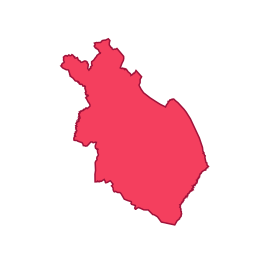 the district of Phaisali, Nakhon Sawan, Thailand, rotated 123°
{"feature_id": "78962969B15796464090467", "entity_name": "Phaisali", "entity_type": "district", "adm_level": 2, "iso_a3": "THA", "parent_name": "Thailand", "parent_adm1": "Nakhon Sawan", "projection": "mercator", "projection_center": [100.69, 15.558], "detail": "fine", "context": "isolated", "style": "filled", "palette": "rose", "viewbox_px": 256, "rotation_deg": 123, "n_neighbors": 0, "source": "geoboundaries", "source_scale": "gbopen_adm2", "svg_char_len": 5858}
<svg xmlns="http://www.w3.org/2000/svg" viewBox="0 0 256 256"><g transform="rotate(123 128 128)"><path d="M183.8,36.0L179.1,36.3L176.0,35.3L175.6,35.7L173.2,35.4L172.5,35.6L172.1,36.2L170.8,36.2L170.5,36.8L169.0,37.8L169.0,38.4L167.6,39.2L167.5,39.6L166.9,39.8L166.4,40.5L166.2,41.5L164.8,41.5L164.2,42.7L163.7,42.3L162.5,42.0L160.9,42.3L160.9,42.0L160.1,42.0L159.8,41.7L159.2,42.1L158.4,41.9L158.3,42.3L157.8,42.5L157.6,42.3L157.3,42.5L156.8,42.3L156.3,42.4L155.9,42.0L155.0,42.2L154.6,41.9L153.9,42.4L153.4,41.9L153.4,41.6L152.7,41.5L152.9,41.3L152.5,41.4L152.4,41.1L151.8,41.3L151.3,41.9L150.8,41.8L150.5,42.0L150.2,41.8L150.2,42.0L150.1,41.5L149.6,41.5L149.5,41.3L148.5,41.5L148.1,41.2L147.6,41.2L147.7,41.4L147.5,41.5L146.9,41.4L146.9,41.1L146.2,40.9L146.2,40.7L145.8,40.8L145.7,40.4L145.4,40.5L145.1,40.2L144.8,40.5L144.6,40.2L144.4,40.4L144.3,40.2L144.1,40.7L143.9,40.3L143.6,40.8L143.3,40.7L142.7,41.1L142.4,40.8L142.4,41.1L141.6,41.2L141.5,41.7L141.4,41.5L140.9,41.4L140.6,41.7L140.3,41.4L139.9,41.5L139.8,41.2L139.4,41.3L139.4,40.7L139.0,40.9L137.4,40.6L137.2,40.9L136.5,40.3L134.9,40.9L135.1,41.2L134.5,41.7L134.2,41.6L134.2,41.9L133.6,41.5L133.2,41.6L133.0,41.8L132.5,41.6L131.6,41.8L131.6,41.4L130.2,41.8L130.1,41.5L129.8,41.7L129.1,41.7L128.6,42.3L127.3,42.3L127.0,42.5L126.4,42.0L125.6,42.0L125.3,42.3L123.5,41.8L121.4,40.8L121.4,40.4L120.8,39.9L119.6,40.5L118.5,40.2L118.0,39.7L117.8,40.0L116.4,39.6L116.1,41.4L114.3,43.0L114.5,43.7L114.3,44.0L110.7,47.6L109.3,48.1L109.4,48.8L108.3,50.0L108.2,51.2L107.4,50.9L106.7,52.5L103.7,55.0L97.5,62.8L86.4,80.6L83.0,87.9L81.8,91.3L79.6,99.9L79.3,102.9L78.8,105.4L79.3,106.1L79.9,106.3L79.9,106.6L80.3,106.6L80.3,107.0L80.9,107.5L81.6,107.6L81.8,108.2L83.4,108.1L83.9,108.8L84.5,108.3L85.6,108.1L87.8,108.3L89.9,108.0L90.6,113.8L90.7,119.7L90.7,125.9L90.0,134.1L88.4,138.1L86.3,141.8L85.8,142.2L83.5,142.5L80.6,144.3L77.6,144.5L75.4,152.6L78.0,152.4L78.9,152.6L79.0,153.2L80.8,153.4L82.2,154.1L81.7,154.4L81.2,155.6L80.8,158.6L80.0,160.4L80.0,161.0L79.7,161.3L79.7,161.8L80.0,161.9L79.8,162.3L80.2,162.5L80.2,162.8L80.4,162.6L80.8,162.7L80.4,164.1L80.9,164.6L80.8,165.3L81.6,165.8L81.8,166.5L81.5,166.9L81.7,167.3L77.2,168.3L73.8,168.7L71.9,169.5L70.3,170.7L67.3,180.6L68.8,181.4L69.1,182.2L70.3,183.2L70.2,184.6L69.5,185.3L69.7,186.5L69.2,187.0L68.8,188.5L68.3,189.1L66.6,190.1L64.5,190.8L63.9,193.1L66.8,194.9L67.2,195.7L68.7,197.2L71.2,197.6L72.1,199.0L73.0,199.9L73.3,200.8L75.1,202.4L75.9,201.0L76.3,200.8L77.7,201.0L78.6,198.9L78.4,198.6L78.6,198.0L78.3,197.7L78.6,197.0L78.5,195.7L80.2,192.8L79.9,192.2L80.5,191.9L81.1,192.5L84.1,193.6L84.9,193.3L86.6,193.6L89.8,193.7L92.2,194.6L94.0,193.5L95.1,192.1L97.2,192.7L97.8,191.9L98.3,191.8L98.9,192.4L99.7,192.1L100.8,192.3L99.9,194.3L96.5,195.7L95.9,196.6L96.0,197.3L94.9,197.9L95.1,199.1L94.8,199.7L95.5,201.0L97.6,202.2L98.5,203.2L97.8,205.1L98.1,206.0L97.9,206.9L96.5,208.8L97.8,209.8L98.2,210.9L98.1,211.3L97.3,211.5L97.4,212.6L97.0,213.6L97.0,215.0L98.3,215.2L99.0,216.1L98.9,217.4L100.8,218.0L101.0,219.5L101.9,220.2L103.8,220.7L104.2,220.2L106.4,218.9L107.4,217.4L108.2,217.4L109.5,218.2L111.0,218.2L111.7,217.6L112.5,218.1L113.2,215.5L112.8,211.6L111.9,210.0L111.9,209.4L113.8,207.0L114.6,206.1L114.8,206.1L115.4,204.8L115.9,204.9L116.1,201.3L117.2,197.9L116.2,195.4L116.2,195.1L116.8,195.0L116.5,193.9L116.9,193.9L117.4,193.0L117.2,192.7L117.5,192.2L117.3,191.5L116.9,191.3L116.5,190.3L117.4,188.5L116.6,187.8L116.8,187.1L116.4,187.0L116.4,186.6L116.8,186.1L117.6,186.1L118.2,185.5L118.6,185.5L118.7,184.7L119.4,184.3L120.2,183.1L120.6,183.2L120.9,182.8L121.6,183.1L122.0,182.4L122.5,182.2L122.5,181.7L122.9,181.6L123.1,180.8L122.5,180.3L122.6,179.7L122.3,179.3L122.6,178.9L124.6,179.8L124.8,179.6L125.7,179.9L126.0,178.8L127.9,175.5L128.5,173.8L129.4,172.4L130.5,171.8L133.4,172.6L133.9,172.8L133.8,173.5L134.1,173.7L133.9,173.8L134.1,174.2L134.6,174.1L136.0,174.6L136.4,175.3L136.7,175.4L137.1,174.9L137.7,175.1L138.3,176.0L139.3,176.1L139.5,176.9L140.1,177.1L140.4,176.9L140.5,177.1L140.8,177.0L141.0,177.3L141.2,176.9L141.7,176.9L141.7,176.6L142.1,176.5L142.8,177.0L143.1,176.5L143.7,176.5L144.1,176.0L144.0,175.7L144.9,175.6L144.6,175.4L145.0,174.9L144.8,174.7L145.2,174.3L145.2,174.6L145.6,174.6L145.4,174.4L145.8,174.2L145.8,173.9L146.9,174.0L146.8,173.7L147.5,173.6L147.5,174.4L148.4,174.4L148.6,174.0L148.1,173.9L148.3,173.4L149.1,172.9L150.4,173.6L150.3,174.0L150.7,173.7L151.2,173.8L151.3,174.1L151.9,173.8L152.4,174.1L152.6,173.8L152.5,173.4L152.9,172.9L154.0,172.7L154.4,173.0L154.6,172.3L154.8,172.7L155.2,172.1L155.9,172.2L156.2,171.6L156.6,171.5L156.7,171.1L157.2,171.2L157.2,170.8L157.9,170.2L157.9,169.7L158.4,169.4L159.5,169.6L159.9,169.3L160.0,169.7L160.6,169.2L160.9,169.3L160.9,169.6L162.0,169.6L162.3,168.8L162.8,168.4L163.3,168.5L163.5,168.0L163.7,168.5L164.4,168.0L165.2,168.1L166.7,167.5L166.7,167.2L167.6,166.7L167.5,166.1L166.3,163.9L166.4,162.8L165.3,158.6L166.2,156.8L167.1,155.9L166.5,154.8L166.3,153.7L165.2,152.5L160.0,151.6L159.2,150.3L159.4,149.2L157.6,147.6L157.3,146.7L161.0,145.7L162.5,144.4L162.7,144.0L162.4,143.3L162.8,142.8L162.2,142.1L162.2,141.6L163.4,141.5L165.0,140.2L166.6,138.2L167.5,138.0L169.2,138.2L170.4,137.7L171.4,136.7L173.5,137.0L175.0,136.6L181.3,132.1L184.8,130.5L191.1,126.3L190.0,124.7L189.0,124.5L189.2,123.7L188.6,122.7L188.2,122.8L188.0,122.2L187.4,121.9L187.2,121.3L184.1,120.0L185.4,117.7L186.0,117.3L186.1,116.8L184.7,115.6L182.4,114.5L181.9,113.9L183.2,110.1L184.1,109.9L185.5,110.3L185.7,109.2L186.6,107.7L187.8,106.9L188.7,105.7L189.0,104.7L187.9,103.8L187.8,101.8L186.5,99.5L186.8,98.1L189.7,92.4L189.0,88.8L188.0,85.3L188.6,84.6L189.6,84.4L190.0,83.4L189.0,79.6L189.4,79.3L191.6,78.7L192.1,77.5L191.9,77.2L190.6,76.9L188.9,75.8L188.0,70.1L185.7,66.4L187.1,60.1L186.5,58.9L186.4,54.9L188.7,48.8L183.8,36.0Z" fill="#f43f5e" stroke="#9f1239" stroke-width="1.5"/></g></svg>